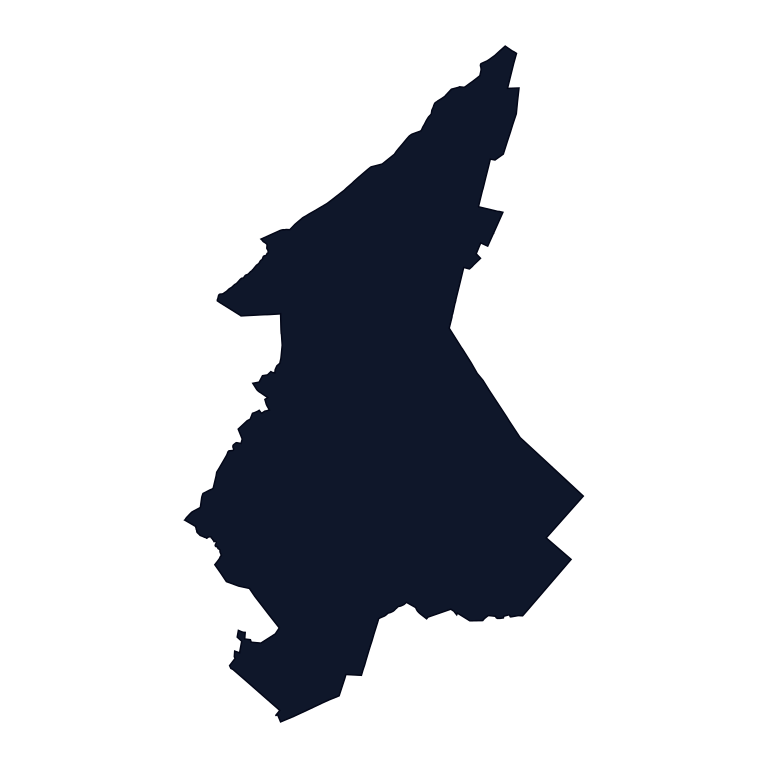 Bērzkalnes pag., Balvu, Latvia (Mercator projection)
{"feature_id": "27541924B58217597236828", "entity_name": "Bērzkalnes pag.", "entity_type": "district", "adm_level": 2, "iso_a3": "LVA", "parent_name": "Latvia", "parent_adm1": "Balvu", "projection": "mercator", "projection_center": [27.376, 57.121], "detail": "fine", "context": "isolated", "style": "filled", "palette": "ink", "viewbox_px": 768, "rotation_deg": 0, "n_neighbors": 0, "source": "geoboundaries", "source_scale": "gbopen_adm2", "svg_char_len": 6041}
<svg xmlns="http://www.w3.org/2000/svg" viewBox="0 0 768 768"><path d="M509.1,420.9L506.4,416.5L489.1,390.2L483.0,380.4L477.2,373.4L471.2,362.9L462.7,349.4L461.3,347.4L449.2,328.2L452.0,317.0L452.1,315.3L452.7,313.7L454.9,303.6L455.3,302.4L455.8,300.3L455.9,299.4L456.4,297.4L459.8,283.6L463.7,267.5L464.0,267.5L469.2,268.9L469.5,268.9L472.2,266.5L473.5,265.0L480.5,258.3L476.2,253.8L480.7,242.9L487.7,246.1L493.3,233.7L493.6,233.5L493.5,233.3L494.9,230.2L502.9,212.3L499.0,211.4L497.8,211.4L478.6,206.8L478.5,206.5L482.5,190.1L482.7,189.7L483.2,187.9L485.7,177.7L488.6,166.2L490.3,159.1L495.0,160.0L498.9,157.2L503.3,154.1L507.5,140.9L510.3,132.4L512.7,124.6L516.3,113.8L517.5,101.4L519.0,88.0L507.5,88.4L513.7,63.4L516.5,53.4L514.3,52.0L511.8,50.7L505.2,46.1L500.0,50.7L494.8,55.5L492.7,57.0L489.4,59.4L487.1,60.9L481.3,63.5L481.0,63.7L480.7,64.0L480.6,64.5L480.4,65.3L480.5,65.9L480.6,66.4L480.8,66.9L480.9,67.5L481.1,69.1L481.1,69.9L480.9,71.0L480.0,75.2L479.9,75.6L479.3,76.2L472.5,81.5L469.5,83.6L465.9,86.3L464.3,87.3L464.0,87.3L459.5,86.8L459.3,86.9L458.4,87.4L457.9,87.5L451.4,89.2L451.2,89.4L448.9,91.9L445.7,95.3L445.4,95.7L444.8,96.4L441.7,98.5L437.5,101.1L436.9,101.7L435.5,102.5L434.8,103.2L434.6,103.5L434.2,104.6L434.2,104.8L433.8,105.2L433.6,106.1L433.2,107.3L431.9,110.1L431.8,110.6L431.3,113.9L430.8,114.6L428.6,116.9L428.0,117.8L426.4,120.4L424.5,124.2L422.9,126.9L421.6,129.8L421.2,130.4L420.7,130.9L420.2,131.2L416.5,132.5L411.9,134.2L411.1,134.7L409.7,135.7L409.2,136.1L406.9,138.7L402.0,144.6L398.9,148.2L396.4,151.3L394.3,154.4L393.6,154.9L382.5,163.8L382.0,164.1L380.8,164.4L374.6,166.0L371.4,166.8L370.7,167.1L367.7,169.5L358.9,177.0L354.2,181.2L351.7,183.6L346.8,187.8L344.1,190.4L341.7,192.2L328.4,202.5L326.9,203.6L314.0,211.2L309.0,214.0L306.0,215.9L303.6,217.2L302.5,217.9L301.4,218.9L298.5,221.3L295.0,224.3L289.8,229.7L286.2,229.5L284.4,229.8L284.0,229.9L283.5,229.7L282.1,229.9L280.3,230.4L261.0,239.1L261.9,239.9L262.8,241.1L263.5,241.8L264.6,242.4L266.1,243.5L266.8,244.2L267.0,244.6L267.0,245.8L266.8,248.2L267.1,249.0L267.7,249.7L268.1,251.0L268.2,252.6L268.0,253.0L267.2,253.3L266.9,253.8L266.7,254.5L266.5,255.0L265.9,255.4L264.0,256.0L263.4,256.4L262.8,257.9L262.3,259.2L261.7,259.9L260.8,260.4L260.3,261.0L259.1,263.1L258.4,263.9L257.6,264.4L256.4,265.3L253.6,268.7L253.1,269.5L252.8,269.6L252.6,269.9L252.4,270.0L251.7,271.0L250.9,271.4L250.3,271.9L250.1,272.2L249.5,272.7L249.4,273.0L247.8,274.4L246.0,275.0L245.3,275.4L244.3,276.7L243.6,277.9L242.2,278.2L241.5,278.3L240.2,279.4L238.1,281.8L236.8,283.2L236.2,283.7L234.6,284.6L231.6,287.4L229.2,288.8L226.5,291.4L224.3,292.8L223.3,293.6L222.1,294.0L220.3,294.1L219.5,294.3L218.9,294.9L218.6,295.4L217.8,298.8L217.4,299.5L217.3,300.8L220.4,302.9L240.9,315.7L241.0,315.9L248.5,315.5L250.7,315.4L263.6,314.7L268.5,314.6L279.9,313.9L280.6,313.7L281.0,329.6L281.2,333.4L281.5,334.5L282.2,345.2L281.2,355.7L280.9,358.5L279.8,363.3L276.9,365.8L276.2,367.3L275.2,369.6L274.8,372.9L271.9,372.3L270.9,371.6L267.5,374.9L262.5,375.7L259.3,381.8L258.7,382.2L252.8,383.3L256.8,389.6L257.5,390.4L258.9,391.6L267.8,397.6L267.5,397.9L264.9,399.4L266.3,404.3L267.2,406.2L269.4,409.9L266.7,410.8L264.9,411.1L261.6,413.3L260.2,411.7L259.2,410.3L257.6,411.3L254.6,412.6L252.5,413.3L250.2,419.2L247.2,420.7L238.2,429.1L242.1,438.7L242.2,438.9L242.1,439.4L241.0,443.5L236.8,442.7L236.4,442.7L236.0,442.8L234.0,444.4L233.4,444.9L233.2,445.2L233.0,445.6L232.9,446.9L233.0,447.3L233.5,448.7L233.6,449.2L233.6,449.5L233.4,449.9L233.3,450.2L233.0,450.4L232.7,450.5L229.2,450.8L228.9,450.9L228.6,451.1L227.9,452.0L227.1,454.3L226.3,455.9L219.1,468.3L216.7,472.2L216.4,474.2L216.3,474.7L216.1,476.0L213.3,487.8L213.0,488.3L212.8,488.6L212.0,489.1L210.0,489.9L203.0,493.5L202.4,495.1L201.9,496.7L201.7,497.6L201.6,498.3L200.4,507.1L200.2,507.4L200.0,507.6L199.8,507.8L193.4,511.2L191.7,512.2L189.7,514.2L186.5,517.6L185.7,518.7L185.0,519.9L184.7,520.1L193.7,525.3L194.1,525.6L195.6,526.4L195.6,526.8L195.8,527.4L196.1,527.9L196.1,528.8L197.0,531.4L196.8,531.7L197.2,532.5L199.3,534.5L200.1,535.4L202.7,536.4L204.4,537.2L206.3,537.8L206.6,538.2L207.2,538.0L208.1,537.1L209.6,536.8L210.7,536.8L211.1,537.1L211.2,537.5L211.4,538.0L212.0,538.3L212.2,538.6L212.5,539.0L212.6,539.5L213.2,540.1L213.5,540.4L214.0,541.6L215.6,541.4L215.9,541.6L216.2,542.0L216.4,542.4L216.2,543.0L215.9,543.7L215.5,544.2L215.2,545.4L215.3,545.9L215.7,546.3L216.0,546.6L216.5,546.8L216.9,546.6L217.5,546.8L217.7,547.3L217.8,547.7L217.9,548.3L218.1,548.6L219.3,549.3L220.0,550.0L220.0,551.9L221.4,555.4L220.7,556.1L220.2,556.9L219.7,558.1L219.4,558.7L217.5,561.3L214.8,564.7L220.6,572.9L226.4,581.6L238.7,586.1L249.4,588.4L254.9,596.5L261.8,605.4L268.7,614.4L279.3,627.9L275.3,633.9L260.9,643.1L251.2,642.2L250.4,639.7L244.7,639.0L245.2,632.4L243.3,632.3L241.7,631.8L238.4,630.4L237.2,637.1L241.7,641.2L239.6,652.8L234.7,651.1L234.3,656.8L235.2,658.3L229.6,665.6L230.9,668.4L232.9,669.4L244.8,679.7L279.8,710.4L275.5,715.7L277.6,714.7L280.6,721.9L293.9,716.3L308.1,709.7L322.0,703.1L329.3,699.8L339.1,695.8L344.7,678.7L345.9,674.5L361.4,675.3L363.1,669.5L364.6,665.1L366.1,659.8L369.1,649.8L370.6,645.0L371.8,641.4L374.1,633.5L375.4,629.4L377.5,622.7L378.7,618.6L380.5,617.7L384.5,616.0L385.6,615.3L388.0,613.2L388.4,613.0L390.2,612.6L390.9,612.3L393.0,611.3L393.5,610.9L394.2,610.4L395.7,608.8L396.6,608.1L397.5,607.1L398.2,606.6L398.8,606.4L400.4,606.1L401.5,605.7L403.6,604.7L404.2,604.3L404.9,603.7L406.4,602.3L415.6,607.5L416.4,609.2L416.8,610.0L417.5,611.1L418.4,612.1L419.4,613.1L420.7,614.2L426.6,618.8L428.0,617.1L450.8,609.2L454.0,611.3L454.6,612.2L456.7,614.8L457.4,613.1L469.8,620.8L482.7,620.6L484.4,618.6L488.1,615.6L490.4,615.7L495.6,616.3L496.1,617.6L497.3,618.4L499.9,618.4L503.4,617.9L503.6,616.5L503.7,616.3L503.9,616.2L509.1,614.8L509.4,614.8L509.6,615.0L510.1,616.5L510.3,616.8L510.6,616.9L512.0,616.7L518.2,615.6L522.6,615.8L526.8,611.0L571.1,559.4L546.2,537.9L583.3,496.1L559.9,474.4L538.3,454.4L520.1,437.6L509.1,420.9Z" fill="#0f172a" stroke="#020617" stroke-width="1.5"/></svg>